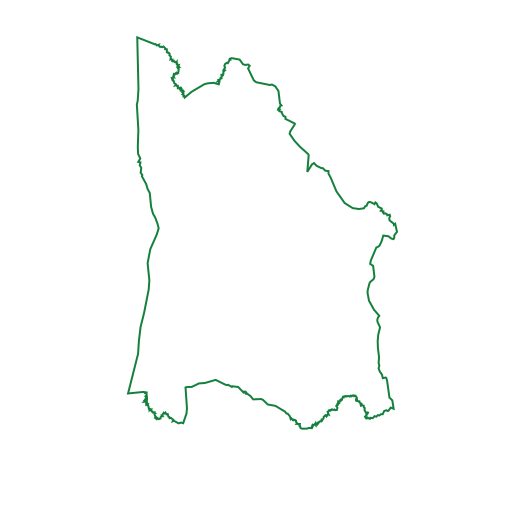 the district of Suwannakhuha, Nong Bua Lam Phu, Thailand, rotated 196°
{"feature_id": "78962969B89578186205363", "entity_name": "Suwannakhuha", "entity_type": "district", "adm_level": 2, "iso_a3": "THA", "parent_name": "Thailand", "parent_adm1": "Nong Bua Lam Phu", "projection": "natural_earth1", "projection_center": [102.211, 17.551], "detail": "fine", "context": "isolated", "style": "outline", "palette": "green", "viewbox_px": 512, "rotation_deg": 196, "n_neighbors": 0, "source": "geoboundaries", "source_scale": "gbopen_adm2", "svg_char_len": 6072}
<svg xmlns="http://www.w3.org/2000/svg" viewBox="0 0 512 512"><g transform="rotate(196 256 256)"><path d="M342.4,129.5L341.1,88.6L326.8,94.3L323.9,94.6L324.2,93.9L323.4,94.2L322.9,92.1L323.4,91.0L322.5,91.1L322.7,89.4L321.8,89.9L321.2,88.0L321.5,87.3L322.1,88.2L322.8,87.9L323.1,87.2L322.5,87.5L322.4,86.2L323.2,85.1L320.9,85.9L321.0,84.5L320.1,84.3L320.9,84.2L320.5,83.0L319.9,83.8L319.7,83.0L319.0,83.5L319.0,82.6L318.0,82.0L316.9,79.6L316.3,79.7L316.1,79.1L315.9,79.8L315.1,79.7L315.1,78.8L314.3,79.4L314.3,78.5L313.1,77.7L312.6,78.0L311.8,77.1L310.6,77.7L310.6,77.1L309.6,76.9L310.0,76.4L309.7,75.3L308.0,73.9L308.5,73.8L308.5,72.8L307.0,73.1L307.2,72.1L306.4,71.7L305.2,72.8L304.3,72.4L303.0,73.5L303.3,74.6L302.8,75.9L302.0,76.1L302.5,76.7L302.0,76.8L302.4,77.1L301.5,79.8L300.8,79.3L299.9,80.6L298.5,79.1L297.3,79.7L296.0,77.5L295.0,77.4L294.4,76.3L293.2,76.9L290.4,75.8L290.5,74.2L289.6,75.0L284.3,73.8L282.1,75.2L279.9,75.2L279.4,85.3L280.3,90.3L287.5,110.2L286.2,111.1L281.7,112.4L275.7,117.8L270.2,119.8L260.6,125.8L250.7,124.0L248.4,123.8L247.4,124.5L243.1,123.5L242.9,124.2L237.1,125.2L230.1,121.2L229.6,121.4L229.7,122.2L228.9,121.9L228.5,122.6L227.3,121.7L227.4,120.9L226.2,121.1L222.8,119.9L219.2,117.4L211.7,119.9L209.8,119.7L203.7,116.5L196.0,117.3L185.2,114.4L183.3,113.0L182.1,113.2L179.2,111.2L177.7,108.8L177.2,109.7L175.6,108.5L175.1,109.0L174.3,108.5L173.6,109.2L172.1,108.7L171.9,107.7L170.5,106.7L170.8,105.7L167.6,106.6L167.5,104.9L167.0,105.0L165.8,102.9L164.1,102.7L159.2,104.2L157.6,105.4L154.8,105.9L154.6,107.2L155.3,107.0L155.1,109.4L154.3,109.3L153.4,110.3L152.5,109.9L152.9,110.6L152.7,111.5L152.4,110.9L151.6,111.1L150.9,112.3L150.5,111.3L149.2,114.5L147.4,115.1L147.2,115.8L147.9,115.9L147.9,116.9L147.0,117.1L146.3,118.5L146.6,120.0L145.5,121.9L144.3,121.3L144.4,122.3L143.4,122.3L143.4,124.1L142.6,123.9L144.2,126.0L143.2,127.0L143.4,127.7L142.1,128.5L141.6,128.1L140.7,129.6L139.5,129.2L138.2,130.1L137.5,129.6L135.8,130.4L135.9,132.6L137.5,134.0L136.3,135.5L137.0,136.0L135.8,137.2L136.7,137.6L136.9,139.0L135.3,139.1L135.3,140.1L134.0,140.7L133.9,141.3L134.7,141.6L133.8,142.4L133.6,144.5L132.7,144.4L132.7,145.3L131.1,146.2L130.7,145.7L128.4,147.0L127.0,146.7L126.3,147.9L125.3,147.5L124.8,148.5L123.5,149.0L123.0,148.3L121.8,149.1L120.0,147.5L120.4,146.0L120.1,145.0L119.3,145.5L119.1,144.5L116.6,144.8L116.4,143.9L114.2,143.1L114.7,142.5L114.2,141.6L113.7,142.0L113.5,141.2L112.7,141.9L111.2,141.8L110.6,140.3L109.5,139.7L109.3,137.9L107.5,136.0L105.2,136.3L105.3,135.3L106.3,134.5L105.8,133.8L106.9,131.5L105.2,130.2L104.1,130.8L104.2,131.4L102.2,130.8L101.5,131.0L101.5,132.0L99.1,132.3L97.9,134.7L96.1,134.7L95.0,136.6L93.5,136.7L92.2,138.4L90.6,138.8L90.1,142.3L88.1,143.7L87.0,143.3L86.1,143.6L84.7,147.4L81.6,147.1L85.2,154.8L88.7,156.7L95.5,172.0L97.2,174.7L97.9,174.9L100.4,173.5L102.2,176.7L105.0,178.9L107.2,181.8L107.2,184.4L108.7,187.2L109.8,192.5L113.5,201.3L115.6,207.8L116.8,214.1L117.1,221.6L120.9,226.0L121.8,227.8L121.8,230.5L121.0,232.5L127.8,236.9L135.0,244.1L138.6,251.2L139.2,254.1L139.4,260.9L139.0,262.6L136.6,266.1L136.4,268.6L140.7,278.8L144.1,279.9L144.4,283.0L142.7,297.2L140.5,299.3L140.0,300.5L139.3,305.1L139.3,310.7L134.2,311.5L130.8,310.1L128.5,310.1L128.1,311.5L128.8,313.9L127.1,318.1L131.1,325.3L132.0,324.0L132.4,325.0L137.4,327.0L138.4,329.2L138.0,331.2L138.9,332.5L141.0,331.3L141.6,332.2L142.9,332.6L143.8,332.6L144.6,331.9L145.9,332.7L145.8,334.0L148.5,333.9L147.9,335.4L148.3,336.3L152.2,337.0L154.3,339.7L156.0,340.4L156.4,338.5L160.6,339.4L162.3,339.0L163.2,337.8L163.5,334.8L164.7,334.0L165.4,331.6L170.1,329.5L176.2,328.7L185.3,331.3L196.5,340.3L205.8,351.9L209.0,355.1L209.7,357.6L212.9,357.1L216.0,358.9L217.3,358.5L222.7,359.4L225.8,361.3L227.4,359.6L229.9,351.0L233.1,367.3L233.9,368.3L243.6,373.0L250.9,377.4L257.4,382.8L257.4,385.3L255.0,393.2L255.2,394.0L265.5,395.9L266.1,398.0L268.1,398.1L270.7,400.7L271.0,401.6L273.5,401.6L273.8,402.5L275.2,402.6L275.1,403.7L273.9,403.9L274.7,404.7L274.1,405.6L274.0,407.4L273.1,407.8L275.0,409.2L279.9,420.8L284.2,424.4L288.0,425.2L289.7,424.2L303.7,423.1L306.5,424.2L315.3,434.1L314.5,437.1L316.2,437.9L319.1,436.7L321.3,436.7L325.9,440.3L333.9,439.5L335.0,438.6L334.8,438.0L335.4,438.1L335.2,437.3L335.9,438.1L335.5,436.6L336.2,433.6L337.2,433.8L338.7,431.9L338.8,430.0L337.6,428.5L338.5,425.9L337.1,425.8L338.2,424.1L337.5,422.3L338.0,421.7L337.6,420.5L338.3,419.7L338.6,420.5L339.1,420.5L338.1,417.5L339.2,417.2L339.0,415.9L340.7,414.9L340.3,414.4L340.6,413.8L339.5,414.4L339.2,413.4L339.8,413.0L339.2,412.6L339.1,410.8L344.4,410.8L349.7,408.8L352.9,407.0L363.0,396.3L368.2,388.7L369.0,390.0L369.7,389.5L370.4,391.4L371.1,391.3L370.7,392.4L371.6,392.9L371.0,393.1L370.9,394.0L371.6,393.8L371.8,394.9L374.1,394.4L374.3,395.7L373.7,396.3L374.6,397.2L376.1,396.5L375.8,395.8L376.8,396.4L377.4,395.9L378.0,397.9L378.7,397.5L379.9,398.2L380.5,397.8L380.1,398.9L382.2,399.6L383.5,401.9L384.1,402.3L384.0,401.7L384.5,401.7L385.8,403.7L384.9,403.6L385.1,404.8L384.2,405.0L384.8,405.4L384.5,406.5L385.1,406.9L385.1,408.4L384.0,408.3L383.8,409.0L382.7,409.3L383.3,409.9L383.0,410.3L381.9,409.7L381.2,410.4L381.8,414.2L382.8,415.0L381.9,415.9L383.2,416.1L382.4,416.9L383.0,417.4L382.9,418.1L383.7,417.6L383.7,418.2L384.9,418.4L384.9,419.7L385.8,419.9L385.9,420.8L386.5,419.9L387.2,419.9L387.7,420.5L389.4,420.2L389.3,420.9L390.3,420.6L390.5,421.8L391.3,421.5L391.9,422.0L392.4,421.5L392.8,424.2L394.6,425.1L394.6,426.4L396.0,427.4L396.3,427.0L397.8,427.3L398.7,430.1L400.3,429.8L400.3,430.5L402.7,431.9L403.7,430.9L405.1,431.0L405.8,430.5L407.9,431.7L407.8,432.2L409.4,431.1L410.9,432.0L411.5,431.6L430.4,433.4L415.0,384.1L412.5,372.6L412.3,368.8L403.8,344.7L399.7,328.3L397.5,321.7L394.1,317.7L395.1,314.0L392.9,314.1L392.8,311.2L390.6,309.1L389.8,304.2L387.6,302.5L387.6,301.1L381.4,294.9L378.7,290.6L375.5,287.3L370.4,274.4L366.7,268.3L363.5,265.2L359.8,260.2L357.2,255.8L357.3,249.4L359.5,233.4L358.2,219.2L351.8,203.2L349.9,194.2L347.9,170.4L347.4,156.0L345.2,142.3L342.4,129.5Z" fill="none" stroke="#15803d" stroke-width="2"/></g></svg>